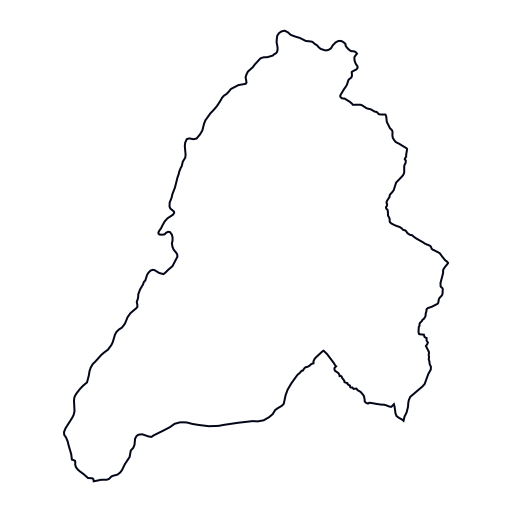 Guadalupe, Santander, Colombia
{"feature_id": "7082276B99610828489560", "entity_name": "Guadalupe", "entity_type": "district", "adm_level": 2, "iso_a3": "COL", "parent_name": "Colombia", "parent_adm1": "Santander", "projection": "orthographic", "projection_center": [-73.394, 6.237], "detail": "fine", "context": "isolated", "style": "outline", "palette": "ink", "viewbox_px": 512, "rotation_deg": 0, "n_neighbors": 0, "source": "geoboundaries", "source_scale": "gbopen_adm2", "svg_char_len": 5995}
<svg xmlns="http://www.w3.org/2000/svg" viewBox="0 0 512 512"><path d="M71.9,459.6L73.8,460.2L75.0,460.8L75.3,462.2L75.2,464.6L75.9,467.1L77.7,469.5L79.9,471.4L83.7,474.2L88.0,478.0L92.3,478.3L93.3,479.0L93.7,481.3L98.3,480.4L100.6,479.8L106.9,479.7L109.2,478.8L110.8,477.0L112.3,476.0L117.5,474.6L120.2,472.5L122.0,470.1L124.9,464.1L129.6,457.0L130.8,450.5L133.3,447.8L134.5,444.8L135.1,438.6L136.5,436.1L138.2,434.8L139.9,434.5L142.3,434.3L148.7,436.5L151.5,436.9L153.6,435.4L164.1,430.2L170.0,427.1L174.6,423.8L180.2,422.3L186.4,422.4L192.7,424.0L199.0,425.0L208.9,426.2L218.4,425.9L224.3,424.8L237.9,422.8L252.6,421.1L257.6,421.4L263.7,420.3L269.2,417.1L272.7,414.1L275.1,410.1L277.9,408.1L281.7,405.9L283.7,403.9L285.6,395.2L287.6,389.7L291.3,383.4L296.6,376.0L297.8,374.5L299.3,373.4L301.6,370.8L302.7,370.7L304.6,368.0L305.7,367.2L307.6,366.8L309.6,365.7L310.7,364.5L312.5,363.5L313.5,363.3L313.5,361.2L314.5,359.0L316.0,357.3L321.1,352.6L322.4,351.4L323.6,350.7L327.1,354.1L333.7,362.9L335.5,365.8L336.1,366.3L334.6,367.8L334.4,369.3L334.9,370.7L338.5,373.2L339.4,374.9L339.6,376.1L340.7,375.9L341.5,376.4L342.4,378.4L343.5,379.6L344.2,380.7L344.5,382.1L346.1,382.8L347.4,383.1L347.7,384.2L348.7,385.0L349.9,385.5L350.1,386.9L351.1,387.6L352.4,387.5L353.5,388.9L356.4,388.6L357.6,390.2L360.5,391.8L362.6,394.2L363.9,396.0L364.6,399.2L364.7,401.3L365.7,402.6L368.0,403.6L369.2,402.8L370.9,402.9L376.4,403.9L381.9,404.7L383.9,404.7L386.0,405.2L388.6,406.3L390.4,406.8L391.4,406.8L393.9,404.2L394.6,406.8L395.5,413.4L396.5,416.0L398.9,417.8L402.1,419.6L403.5,420.8L404.5,416.7L406.6,412.4L408.0,406.9L408.3,402.7L408.9,399.9L410.3,396.8L422.3,386.6L424.6,384.1L428.3,374.0L430.8,369.5L430.9,366.6L429.7,364.3L429.4,361.5L428.7,359.1L429.1,357.1L428.7,355.6L429.0,352.1L425.9,346.0L427.1,344.4L427.9,342.5L426.6,340.7L426.6,338.0L425.4,337.6L424.4,336.7L423.9,334.7L420.0,334.3L419.0,334.0L418.5,332.0L418.8,326.9L419.5,325.9L419.5,324.2L419.8,323.1L422.0,320.9L422.5,319.8L424.0,318.7L425.2,316.7L425.5,316.0L425.7,314.9L425.6,313.9L426.2,312.0L426.5,310.7L426.5,309.5L426.8,309.0L427.9,308.1L431.9,306.7L437.2,304.0L437.9,303.4L438.3,302.6L438.8,299.4L439.4,298.1L441.7,295.6L442.2,294.8L442.5,293.8L442.8,289.4L442.6,288.6L442.1,287.9L440.8,286.7L440.6,286.3L440.5,283.0L443.1,273.0L443.1,270.4L443.5,269.2L444.6,267.5L447.9,263.4L448.0,262.8L446.8,261.4L445.1,260.2L442.2,256.6L439.8,253.3L437.6,252.0L436.4,251.5L434.1,250.2L432.9,249.8L431.8,248.9L430.8,246.6L430.3,246.0L428.2,244.9L426.8,244.5L424.9,243.6L423.3,242.5L416.3,238.5L413.3,236.4L412.6,235.5L411.7,235.1L410.2,235.0L409.0,234.2L407.9,233.5L406.8,232.4L406.5,231.6L405.1,230.3L403.5,230.0L402.8,229.6L401.8,228.4L399.5,226.9L398.1,226.5L394.9,225.3L391.6,223.6L389.9,222.2L389.7,221.6L389.7,219.9L389.4,218.1L388.0,215.5L387.9,211.9L387.7,210.2L387.3,209.6L386.2,208.5L386.0,207.7L386.0,207.1L386.6,206.4L387.0,205.5L387.1,203.9L386.7,203.4L386.5,202.6L386.6,201.9L387.2,200.5L389.6,196.8L389.7,195.3L389.9,194.7L392.1,192.3L393.7,190.2L396.1,182.6L401.4,177.1L403.0,175.3L403.8,173.7L404.2,172.4L404.2,166.1L404.7,164.5L405.4,163.5L405.8,161.4L405.8,160.6L405.5,160.1L404.8,159.4L404.8,158.7L406.1,156.8L406.2,154.5L407.1,149.3L406.7,148.4L406.1,148.0L398.7,143.5L396.9,142.7L395.6,141.9L394.3,140.3L392.8,137.9L392.4,135.5L392.5,131.9L392.2,130.6L391.7,129.9L390.0,128.3L387.0,122.3L386.7,121.2L386.3,117.0L385.6,114.7L385.2,114.5L381.0,114.5L378.8,114.2L377.2,112.4L376.5,111.9L374.9,111.7L370.7,109.3L367.3,108.5L366.3,108.1L361.9,105.2L360.1,104.7L352.9,104.8L352.0,103.7L349.7,101.7L346.3,99.7L345.3,98.9L344.7,98.6L342.8,98.5L342.0,98.3L340.6,97.2L340.2,96.3L340.3,95.5L340.7,94.7L343.9,89.3L345.8,86.7L346.9,84.8L348.4,80.1L349.2,79.2L351.0,77.8L351.4,77.3L351.9,76.0L352.0,75.2L351.7,72.3L351.8,71.9L353.8,70.7L356.5,69.4L357.6,67.7L357.6,67.2L357.4,66.1L356.1,64.4L355.3,62.8L354.5,60.2L354.4,59.0L354.4,57.3L354.9,56.3L357.0,53.6L355.7,52.2L354.8,51.6L353.8,51.3L351.0,51.1L349.4,50.0L347.7,48.5L345.9,46.2L345.5,45.2L345.6,44.3L344.8,43.3L343.6,42.3L341.6,41.1L339.8,40.9L338.6,41.0L337.7,41.3L335.3,42.6L334.6,43.5L333.0,45.0L330.8,48.5L328.7,49.8L326.4,50.4L324.6,50.2L320.7,48.9L318.6,47.2L317.2,45.4L314.4,43.7L313.5,42.7L312.0,41.7L309.4,41.3L305.9,41.0L299.4,37.7L297.8,37.4L294.2,36.2L290.6,34.8L288.0,32.4L284.7,30.7L281.5,31.4L279.0,33.1L277.3,35.6L276.8,38.9L276.6,42.4L277.5,47.0L277.6,49.5L277.1,51.7L276.1,53.2L274.1,54.3L272.7,55.6L267.3,57.2L263.6,57.3L260.4,58.4L254.7,64.6L252.9,67.1L247.9,71.6L246.5,74.4L245.6,77.1L246.5,82.5L245.7,83.8L238.4,85.1L230.9,89.0L228.3,92.2L226.4,94.1L224.0,95.6L222.1,97.7L220.6,100.4L217.9,104.7L216.2,107.0L213.6,110.0L210.5,113.2L205.4,120.3L204.1,123.6L202.3,130.6L200.0,134.4L196.5,138.6L193.2,139.2L189.4,138.4L186.8,139.1L185.2,142.6L184.8,146.0L185.6,154.8L185.2,157.8L182.8,161.6L181.8,165.9L180.4,168.6L179.2,171.8L178.7,174.1L177.5,177.4L175.0,187.4L172.3,194.4L171.8,196.9L171.1,199.0L169.7,202.4L169.5,206.5L170.4,208.6L173.9,211.5L174.2,212.8L173.0,214.7L167.5,218.3L164.7,221.4L162.4,225.5L161.1,228.2L159.5,230.4L158.4,232.4L158.6,233.9L159.7,234.6L162.4,234.7L164.7,234.3L166.0,232.8L168.1,231.8L170.0,232.1L171.9,234.7L172.6,237.8L172.5,241.0L171.9,243.3L172.4,246.6L173.6,249.6L176.1,252.6L177.2,254.4L177.4,256.7L172.5,266.1L168.1,269.9L165.6,272.4L163.5,274.1L159.2,273.0L154.7,270.2L152.8,269.8L150.7,270.5L148.6,272.5L147.1,274.8L145.3,280.5L143.8,282.0L143.1,284.3L140.2,289.2L138.3,294.1L138.2,296.6L137.7,299.4L136.9,301.3L136.8,302.4L137.3,304.4L137.4,306.8L136.3,308.2L130.6,313.0L127.6,317.1L125.1,323.3L123.6,325.5L121.8,327.7L118.9,329.5L116.3,332.1L114.9,334.9L112.8,342.0L111.4,345.0L107.8,349.8L104.5,352.2L101.4,354.8L95.2,361.7L92.8,364.0L90.7,367.6L89.5,371.2L88.8,375.6L87.0,382.4L83.3,385.5L80.0,388.9L76.5,393.4L74.8,396.3L74.3,397.9L74.0,400.6L74.5,411.3L73.6,415.0L72.0,418.1L65.5,428.3L64.0,432.1L64.2,434.8L66.1,437.6L67.7,441.5L68.6,445.3L71.2,454.1L71.9,459.6Z" fill="none" stroke="#020617" stroke-width="2"/></svg>